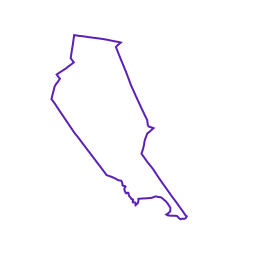 outline of Samarra, Sala ad-Din, Iraq, rotated 53°
{"feature_id": "34846034B32095770002268", "entity_name": "Samarra", "entity_type": "district", "adm_level": 2, "iso_a3": "IRQ", "parent_name": "Iraq", "parent_adm1": "Sala ad-Din", "projection": "mercator", "projection_center": [43.854, 34.328], "detail": "fine", "context": "isolated", "style": "outline", "palette": "violet", "viewbox_px": 256, "rotation_deg": 53, "n_neighbors": 0, "source": "geoboundaries", "source_scale": "gbopen_adm2", "svg_char_len": 2399}
<svg xmlns="http://www.w3.org/2000/svg" viewBox="0 0 256 256"><g transform="rotate(53 128 128)"><path d="M143.5,107.7L142.9,108.1L139.2,110.6L138.1,110.5L137.2,110.3L136.0,109.4L134.9,108.9L133.2,107.9L131.2,107.5L127.2,106.8L124.2,106.1L121.3,105.6L117.8,104.8L112.3,103.6L106.7,102.4L102.9,101.5L95.7,99.9L88.7,97.8L81.9,95.8L69.1,92.5L67.4,92.0L64.0,91.1L56.0,88.9L55.6,86.4L55.6,85.0L55.4,82.3L54.0,83.5L52.5,84.8L49.5,87.6L45.0,91.5L40.9,95.4L38.7,97.6L32.5,104.0L27.5,108.9L24.8,111.8L21.4,115.1L28.6,122.3L32.2,126.1L36.8,130.8L37.8,131.8L43.0,131.8L43.0,139.7L43.1,141.6L42.9,144.2L42.7,147.0L42.5,149.6L42.4,152.8L47.6,152.7L49.1,156.8L49.6,159.1L50.3,160.6L50.7,161.7L51.4,162.5L53.4,165.0L58.8,171.7L65.1,171.8L71.2,172.2L99.8,173.7L104.3,173.5L114.9,173.5L150.6,173.4L152.5,173.5L153.7,172.8L154.6,172.2L156.2,171.1L158.0,170.0L159.1,169.4L160.3,168.7L161.6,168.1L163.0,167.6L163.6,167.4L165.2,165.9L166.0,165.2L167.0,165.2L167.4,165.3L167.9,165.5L168.5,165.8L169.6,166.2L170.2,166.8L171.1,166.7L171.7,166.2L172.4,165.5L172.6,165.4L172.8,165.3L173.3,165.3L173.6,165.7L174.0,167.0L174.2,167.3L174.7,167.8L176.7,168.6L177.5,168.7L178.5,168.9L179.2,168.7L179.4,168.1L179.3,167.6L179.4,167.3L179.5,167.1L179.8,166.8L180.2,166.8L180.8,167.0L181.6,167.5L181.9,167.6L182.5,167.9L183.7,168.0L185.1,167.8L186.1,167.9L186.9,168.0L187.3,167.5L187.8,167.1L188.4,167.1L188.9,167.4L189.0,167.8L189.4,168.1L189.7,168.7L190.1,168.7L190.6,168.7L191.0,167.9L191.4,167.5L191.8,167.2L192.3,167.2L192.5,167.3L193.1,167.5L193.3,167.6L193.7,168.2L194.2,168.4L194.2,167.8L193.9,166.2L193.7,165.0L192.7,163.8L190.8,162.3L191.3,161.6L192.9,159.0L195.3,155.5L197.8,151.6L198.6,149.3L199.3,147.0L199.4,146.9L201.0,145.6L203.1,143.5L203.6,143.3L204.7,142.9L206.7,142.5L209.3,141.9L211.4,141.8L214.1,141.9L217.4,142.2L218.7,143.4L219.8,144.3L220.0,144.9L220.3,146.2L220.3,147.7L220.2,149.5L221.6,148.9L223.4,147.1L224.8,145.3L226.5,143.1L228.1,141.7L230.9,141.5L232.1,141.1L232.7,140.7L233.0,139.3L233.9,138.4L234.6,137.3L234.6,136.2L234.3,135.3L233.9,134.2L232.8,134.6L231.7,134.6L228.1,134.4L222.0,134.3L215.3,134.1L209.5,134.1L194.9,133.7L193.5,133.7L186.7,133.4L180.2,133.0L177.0,132.8L175.0,132.7L169.3,132.9L166.6,133.0L156.6,132.7L155.0,130.3L154.5,129.7L153.8,128.6L151.0,125.3L148.3,122.5L146.6,120.1L145.5,118.3L143.8,115.5L144.0,113.9L143.5,107.7Z" fill="none" stroke="#5b21b6" stroke-width="2"/></g></svg>